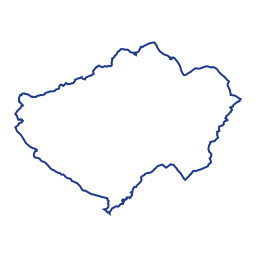 the district of Moldovita, Suceava, Romania
{"feature_id": "2599482B16350059024550", "entity_name": "Moldovita", "entity_type": "district", "adm_level": 2, "iso_a3": "ROU", "parent_name": "Romania", "parent_adm1": "Suceava", "projection": "equal_earth", "projection_center": [25.472, 47.724], "detail": "fine", "context": "isolated", "style": "outline", "palette": "blue", "viewbox_px": 256, "rotation_deg": 0, "n_neighbors": 0, "source": "geoboundaries", "source_scale": "gbopen_adm2", "svg_char_len": 5750}
<svg xmlns="http://www.w3.org/2000/svg" viewBox="0 0 256 256"><path d="M109.6,213.7L109.4,212.4L109.6,212.0L110.3,211.4L112.0,208.6L112.5,208.1L113.3,207.9L115.3,206.6L116.9,206.2L117.9,206.7L118.5,206.5L119.6,205.4L120.0,204.6L120.7,204.1L122.9,203.8L122.8,203.2L123.2,203.3L123.3,202.4L123.2,202.0L123.9,201.5L123.9,201.2L122.7,201.1L122.1,200.6L122.4,199.9L123.1,199.4L124.2,199.7L125.3,199.8L125.9,199.4L126.3,199.4L126.6,199.2L126.9,198.6L126.4,198.3L126.8,197.3L128.4,197.5L129.0,197.3L129.7,198.0L130.1,197.5L130.8,197.2L131.5,195.6L132.1,195.0L131.8,194.4L132.1,193.7L131.5,192.8L130.9,192.4L131.2,192.1L132.5,191.9L132.6,189.7L133.3,188.7L133.5,187.9L133.8,187.5L134.3,187.0L134.6,187.2L135.7,187.1L136.2,186.9L136.4,186.7L136.5,185.9L139.9,182.6L140.4,181.8L141.2,181.0L141.5,179.2L141.0,177.4L141.3,177.0L142.6,175.9L144.2,175.2L144.4,174.6L145.2,173.9L147.6,172.9L148.4,173.0L151.0,172.4L152.0,171.5L152.7,171.2L153.1,170.8L154.0,169.4L155.0,168.8L157.6,166.1L162.4,164.6L164.8,166.8L166.1,167.3L166.3,167.6L170.8,164.3L174.0,165.1L174.5,166.2L176.8,168.5L177.7,170.4L178.6,171.1L179.2,172.0L180.2,172.8L181.5,174.6L184.2,179.0L185.0,179.8L185.5,179.6L187.5,177.5L189.0,176.2L189.4,175.3L190.7,174.4L190.6,174.2L191.3,173.3L191.9,172.9L192.2,172.1L192.8,171.8L193.0,171.3L193.7,171.0L193.7,170.9L194.4,170.9L194.6,170.8L195.6,171.0L196.7,170.8L198.2,170.1L200.7,169.5L202.4,168.6L204.2,168.0L205.1,167.4L207.0,166.7L208.2,165.9L208.2,165.1L208.6,164.7L208.9,164.1L210.3,163.1L211.1,162.1L210.4,159.9L209.6,158.3L210.6,157.4L210.9,156.4L211.3,156.0L211.4,155.1L211.1,154.0L210.6,153.0L209.1,151.7L208.4,148.9L208.6,148.5L208.9,145.9L210.3,143.2L210.2,143.0L210.4,142.7L210.3,142.1L211.3,141.7L214.4,141.2L216.0,139.5L216.5,139.2L216.9,138.5L217.7,138.2L218.1,137.7L217.3,135.2L217.0,134.9L217.2,134.7L217.4,133.7L217.0,132.3L217.2,132.1L217.1,131.9L219.3,131.0L219.1,130.6L219.0,129.2L219.2,126.5L223.0,125.2L223.2,124.6L223.7,124.3L223.9,123.0L223.7,122.4L224.7,121.3L227.4,120.3L227.3,119.6L226.1,119.3L226.0,118.8L225.8,118.6L226.1,118.6L226.0,117.6L226.2,116.1L228.3,114.6L230.1,112.3L231.0,111.7L231.2,110.8L232.0,110.0L232.0,109.4L231.4,108.9L231.2,108.5L230.6,108.0L230.3,107.4L231.1,107.1L232.7,106.7L233.0,106.5L233.4,105.0L235.6,103.4L236.5,102.5L238.2,101.5L238.7,101.6L239.2,101.3L239.4,101.2L239.3,100.8L239.5,100.4L240.5,99.7L240.6,98.9L239.7,98.7L235.2,95.8L233.9,95.4L230.7,95.0L230.5,92.7L229.9,91.4L230.0,90.0L228.8,88.2L228.4,86.8L228.0,86.3L227.6,85.2L227.6,84.2L229.0,81.5L227.1,79.9L223.9,76.3L222.1,75.1L219.0,72.0L217.9,70.6L217.2,69.4L216.0,68.4L213.1,67.0L212.6,67.0L211.2,67.5L207.4,66.3L205.9,66.4L200.0,68.5L198.5,68.7L195.8,68.2L194.1,69.1L191.2,71.4L185.5,75.0L184.5,75.2L183.9,75.0L183.4,74.6L181.8,71.8L181.0,69.8L180.4,67.2L179.4,64.9L177.9,62.4L174.8,58.5L173.8,57.7L172.9,57.4L171.5,57.9L171.8,58.9L171.6,59.2L171.0,59.3L170.3,59.1L170.3,57.9L170.0,57.2L169.1,57.1L168.9,56.9L168.7,56.4L166.8,55.3L164.1,54.5L159.8,51.3L157.5,47.8L156.9,46.6L157.0,46.3L156.7,45.6L155.7,44.5L155.1,43.2L154.1,42.3L148.8,43.5L146.3,44.9L144.6,45.6L142.5,47.1L141.3,46.7L140.7,46.9L140.5,48.1L139.0,50.5L138.6,51.5L137.3,52.4L135.6,52.5L135.0,52.7L135.9,53.9L136.2,54.9L136.1,55.1L135.5,54.6L134.8,54.5L134.0,53.8L133.9,52.7L131.7,52.5L130.4,52.2L129.9,51.8L129.4,50.8L127.5,49.7L125.0,49.6L123.4,49.2L122.4,49.2L121.2,49.0L120.6,49.4L119.3,51.0L118.2,51.4L117.1,53.0L116.4,54.5L114.7,55.9L114.5,56.9L112.1,58.7L112.5,59.2L112.0,60.6L112.0,61.6L111.6,62.1L111.8,64.9L111.4,65.8L109.9,66.3L108.5,65.8L106.9,66.7L105.0,66.0L102.6,67.2L100.6,66.6L99.2,65.7L98.8,65.7L98.3,66.3L96.5,66.8L96.5,67.4L95.4,68.0L95.3,68.4L93.1,70.9L93.4,72.4L93.3,73.3L93.6,73.9L91.9,74.7L91.9,75.1L90.3,75.8L89.3,75.9L86.9,77.1L85.7,77.9L84.9,79.4L82.5,78.6L81.6,77.7L81.6,77.1L79.8,78.1L77.8,78.5L75.1,79.8L75.1,80.8L74.5,81.3L74.3,81.9L73.8,82.3L73.6,82.9L73.2,83.2L71.5,83.3L71.1,83.7L69.5,84.0L67.0,83.9L66.0,83.0L63.7,85.6L63.2,85.9L62.6,85.7L62.1,85.1L61.1,84.6L60.6,84.6L59.5,85.9L58.8,88.7L58.3,89.1L56.5,89.3L55.7,89.7L55.0,90.8L53.5,91.3L49.9,91.4L48.2,92.3L47.1,92.3L44.9,93.4L44.7,94.1L44.2,94.6L43.7,94.8L42.9,94.8L41.2,95.1L40.5,95.0L39.3,95.6L38.8,95.5L36.7,96.2L36.2,96.9L35.4,96.8L35.0,97.1L32.6,96.7L32.2,96.9L31.5,96.8L28.4,94.6L27.4,94.4L26.9,94.1L25.0,93.9L24.3,93.4L23.6,93.4L22.1,93.8L21.5,95.2L20.3,94.9L19.3,97.0L19.0,98.6L19.2,99.7L18.9,100.4L19.5,101.4L19.2,101.5L19.2,101.8L22.3,104.7L22.9,105.6L21.5,106.1L20.8,107.3L20.5,108.1L19.4,108.8L18.6,109.9L17.4,110.9L16.2,112.8L15.4,113.7L16.2,115.1L17.1,115.8L17.4,117.5L17.7,118.0L18.0,119.3L18.5,119.9L19.8,119.3L20.6,119.2L21.5,119.6L21.0,120.1L22.0,120.7L22.8,120.8L22.4,121.7L21.5,122.5L19.6,123.1L18.8,123.7L18.6,123.8L18.6,124.6L18.5,124.9L15.4,127.3L16.8,130.6L17.6,131.8L20.0,133.9L21.3,135.4L26.0,143.2L29.6,146.3L32.6,148.2L34.7,148.6L36.4,149.4L36.9,150.1L36.8,150.8L34.9,151.4L33.8,154.5L33.9,155.6L34.6,157.3L38.8,158.3L39.7,158.8L40.6,160.1L41.6,161.1L42.4,161.5L43.4,161.6L44.5,162.1L46.1,163.3L51.0,168.9L52.7,169.9L54.0,170.2L54.7,171.0L56.9,172.1L57.2,172.4L58.2,172.9L60.1,173.2L61.3,174.5L62.2,174.7L63.2,174.6L63.7,174.8L64.5,175.4L65.0,176.3L65.8,177.1L67.6,178.2L70.5,178.8L71.2,179.6L71.5,180.3L71.5,180.7L71.8,181.0L74.4,181.9L77.4,183.4L78.1,184.1L78.6,184.8L79.8,185.8L81.5,188.5L81.6,189.2L83.0,190.4L84.4,190.7L85.4,190.6L86.9,191.7L89.7,193.1L90.4,193.7L92.2,194.3L93.1,194.4L97.1,195.6L98.5,195.8L101.8,197.0L104.1,197.4L107.2,198.2L107.5,199.0L107.4,199.8L108.5,200.7L108.7,201.4L108.5,202.2L107.9,202.8L107.8,203.2L108.6,205.1L108.5,206.0L108.3,206.9L107.2,208.3L105.9,209.0L104.1,209.4L105.6,210.4L106.7,211.4L106.7,211.6L107.4,211.7L107.4,212.1L107.7,212.4L108.1,212.4L109.6,213.7Z" fill="none" stroke="#1e3a8a" stroke-width="2"/></svg>